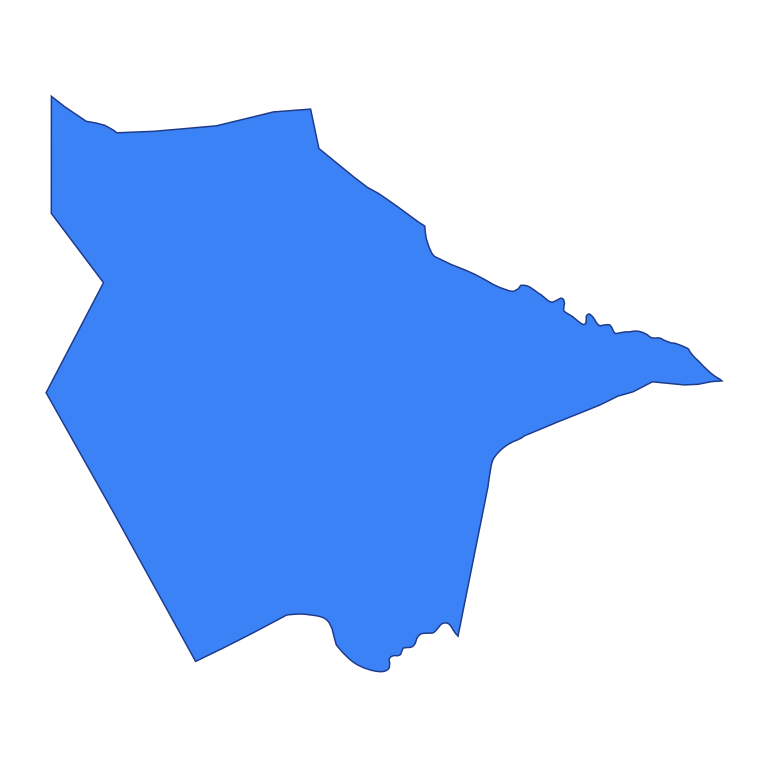 San Francisco de Coray, Valle, Honduras
{"feature_id": "27666195B95409407730953", "entity_name": "San Francisco de Coray", "entity_type": "district", "adm_level": 2, "iso_a3": "HND", "parent_name": "Honduras", "parent_adm1": "Valle", "projection": "natural_earth1", "projection_center": [-87.504, 13.668], "detail": "fine", "context": "isolated", "style": "filled", "palette": "blue", "viewbox_px": 768, "rotation_deg": 0, "n_neighbors": 0, "source": "geoboundaries", "source_scale": "gbopen_adm2", "svg_char_len": 6099}
<svg xmlns="http://www.w3.org/2000/svg" viewBox="0 0 768 768"><path d="M51.4,96.3L51.3,213.4L103.5,282.7L46.1,392.7L113.7,512.8L195.5,661.2L195.1,661.7L222.0,648.6L250.5,634.2L286.2,615.3L287.7,614.9L288.4,614.8L289.3,614.7L293.1,614.4L296.8,614.1L298.2,614.1L299.9,614.0L302.8,614.1L304.1,614.2L305.4,614.3L310.9,615.0L314.5,615.5L316.1,615.7L318.1,616.1L320.1,616.6L321.6,617.1L323.1,617.6L324.0,618.1L324.8,618.5L325.3,618.8L326.1,619.4L326.9,620.1L327.8,621.1L328.7,622.1L329.3,623.0L329.8,624.0L330.8,626.0L331.6,627.9L331.9,628.6L332.2,629.3L332.7,631.3L334.1,636.9L334.6,638.8L335.3,641.3L336.1,644.2L336.5,645.0L336.7,645.4L337.1,645.8L338.4,647.5L339.1,648.3L340.7,650.1L342.3,652.0L343.9,653.7L344.7,654.5L347.6,657.3L349.6,659.2L350.7,660.1L352.3,661.4L354.0,662.6L355.8,663.8L357.5,664.8L359.3,665.7L361.1,666.6L363.4,667.6L365.2,668.3L367.7,669.1L370.7,670.1L372.9,670.6L374.7,671.0L377.1,671.4L379.5,671.6L380.9,671.7L382.1,671.6L383.2,671.5L384.0,671.3L384.6,671.2L385.5,670.9L386.2,670.5L386.7,670.3L387.3,669.9L388.1,669.3L388.4,669.0L388.6,668.7L388.9,668.3L389.0,668.0L389.2,667.6L389.3,667.3L389.4,666.8L389.5,665.4L389.6,664.2L389.7,663.4L389.6,662.6L389.5,662.1L389.4,661.6L389.3,660.9L389.2,660.5L389.2,660.2L389.2,659.6L389.2,659.3L389.3,658.8L389.5,658.5L389.6,658.2L390.0,657.6L390.5,657.1L391.0,656.7L391.9,656.3L392.3,656.1L392.9,655.9L393.4,655.7L394.1,655.6L394.8,655.6L395.5,655.6L396.6,655.7L397.4,655.7L398.1,655.6L398.7,655.4L399.4,655.1L400.0,654.9L400.2,654.7L400.4,654.6L400.7,654.1L400.9,653.6L401.7,651.5L402.4,649.8L403.0,648.4L403.3,648.1L403.5,648.0L404.3,647.9L405.3,647.7L406.4,647.6L407.1,647.5L409.0,647.5L409.7,647.4L410.4,647.3L411.4,647.0L411.9,646.8L412.3,646.6L413.0,646.2L413.5,645.7L414.0,645.2L414.4,644.6L415.0,643.7L415.3,643.1L415.6,642.4L415.8,641.9L416.3,640.0L416.6,639.2L417.0,638.3L417.5,637.3L418.0,636.5L418.4,636.0L418.9,635.5L419.6,634.8L420.0,634.5L420.4,634.3L421.1,634.0L421.5,633.8L422.1,633.6L422.9,633.4L424.5,633.3L428.1,633.1L429.4,633.1L431.1,633.1L432.0,633.0L432.5,633.0L433.0,632.8L433.3,632.7L433.7,632.4L434.2,632.1L434.6,631.8L435.1,631.4L436.0,630.4L437.7,628.4L438.8,627.1L439.8,625.8L440.8,624.7L441.2,624.3L441.4,624.1L441.9,623.8L442.4,623.6L443.2,623.3L444.2,623.0L444.6,623.0L445.2,622.9L445.9,623.0L446.8,623.1L447.5,623.2L447.8,623.4L448.3,623.6L448.9,624.0L449.3,624.4L450.0,625.1L450.5,625.7L450.9,626.2L451.2,626.6L452.9,629.5L454.8,632.4L455.3,633.1L455.9,633.9L456.6,634.6L458.0,636.1L488.0,486.6L488.4,483.2L489.2,477.8L490.7,468.4L491.1,466.2L491.4,464.9L491.7,463.5L492.0,462.6L492.6,460.8L492.8,460.1L493.1,459.5L493.7,458.3L494.8,456.7L496.1,455.0L497.5,453.3L498.5,452.3L499.8,450.9L500.7,450.1L501.9,449.0L503.6,447.6L504.3,447.0L505.6,446.1L507.3,444.9L509.3,443.7L510.7,443.0L512.8,441.8L513.8,441.3L514.8,440.9L517.0,440.1L518.1,439.6L519.1,439.1L520.7,438.4L521.5,437.9L522.7,437.1L524.4,435.8L556.1,422.6L599.7,405.1L617.7,396.2L633.0,391.8L652.4,381.8L684.1,384.9L698.0,384.3L711.7,381.6L721.9,380.9L720.4,379.6L719.7,379.1L719.2,378.8L717.9,378.1L716.9,377.5L714.6,376.0L713.3,375.1L712.3,374.3L710.0,372.4L707.0,369.7L704.8,367.5L702.9,365.7L700.5,363.1L698.4,361.0L695.3,358.1L693.9,356.6L693.0,355.7L692.0,354.4L690.0,351.8L689.6,351.2L689.0,349.9L688.7,349.4L688.2,348.9L687.9,348.6L687.3,348.3L684.9,347.1L683.8,346.6L681.5,345.6L680.3,345.2L678.2,344.4L675.6,343.5L674.4,343.2L673.7,343.1L672.8,343.0L672.0,343.0L671.6,343.0L671.2,342.9L670.5,342.7L666.3,341.1L663.6,340.0L662.9,339.6L661.7,338.8L661.3,338.6L660.8,338.3L660.3,338.2L659.9,338.1L659.2,338.0L657.5,337.9L656.6,337.9L655.0,338.1L654.2,338.1L653.7,338.1L652.5,337.9L651.5,337.6L650.6,337.3L649.8,336.8L649.2,336.4L648.0,335.3L647.3,334.7L646.4,334.2L644.8,333.4L643.1,332.6L641.8,332.2L640.4,331.8L639.5,331.5L638.5,331.3L637.5,331.2L636.5,331.1L635.8,331.0L634.6,331.1L633.2,331.2L631.1,331.6L629.7,331.8L627.9,331.9L625.5,331.9L623.9,332.1L621.0,332.6L618.0,333.2L617.1,333.4L615.9,333.5L615.5,333.4L615.1,333.3L614.8,333.2L614.7,333.0L614.4,332.7L613.9,332.0L613.6,331.4L613.2,330.8L613.0,330.2L612.4,328.7L611.7,327.5L611.2,326.7L610.8,326.1L610.3,325.5L610.0,325.1L609.6,324.9L609.0,324.8L608.4,324.7L607.7,324.6L606.5,324.7L603.6,325.1L602.6,325.3L601.2,325.7L600.7,325.7L600.3,325.8L600.1,325.7L599.7,325.7L599.4,325.5L598.7,325.0L598.2,324.6L597.8,324.3L597.3,323.7L596.5,322.7L596.1,322.1L595.5,321.1L595.0,320.3L594.4,319.2L594.1,318.7L593.5,317.8L592.7,316.8L591.7,315.8L590.7,314.9L590.2,314.5L589.9,314.3L589.6,314.1L589.3,314.0L589.0,313.9L588.9,314.0L588.5,314.1L587.9,314.4L587.5,314.7L587.0,315.0L586.9,315.2L586.6,315.6L586.4,316.0L586.3,316.4L586.3,316.7L586.2,321.0L586.2,321.4L586.0,322.0L585.9,322.7L585.8,323.0L585.6,323.3L585.5,323.5L585.1,323.9L584.7,324.2L584.2,324.3L583.9,324.4L583.4,324.5L583.1,324.4L582.6,324.3L582.2,324.1L580.9,323.3L578.5,321.5L576.5,319.9L574.8,318.5L573.1,317.0L572.4,316.5L570.1,315.1L566.1,312.7L564.9,311.8L564.3,311.4L564.1,311.2L563.9,310.8L563.8,310.3L563.7,309.9L563.7,309.0L563.8,307.9L564.0,306.0L564.1,305.4L564.3,304.6L564.5,304.0L564.5,303.4L564.3,302.4L564.2,301.6L564.1,301.1L563.8,300.3L563.5,299.7L563.3,299.3L563.0,299.0L562.7,298.7L562.3,298.5L561.8,298.3L561.4,298.2L560.8,298.2L560.3,298.4L560.0,298.5L557.8,299.7L555.0,301.1L553.9,301.6L552.9,302.0L552.3,302.1L551.8,302.1L551.2,302.0L550.4,301.8L549.7,301.5L549.1,301.2L548.7,301.0L548.0,300.6L547.3,300.0L541.6,295.2L541.0,294.7L540.6,294.5L539.4,293.8L538.7,293.4L537.8,292.7L536.4,291.7L535.6,291.0L530.2,287.3L529.4,286.9L528.8,286.6L528.2,286.3L527.5,286.0L526.9,285.8L526.2,285.7L524.9,285.4L523.9,285.3L522.8,285.3L521.8,285.3L520.7,285.4L518.3,288.8L513.7,291.4L509.4,290.9L504.4,289.1L499.3,287.3L493.1,284.4L486.4,280.5L475.6,274.7L464.6,269.8L451.0,264.4L434.5,256.5L431.8,253.3L428.8,246.5L426.3,238.7L425.3,232.4L424.8,226.1L418.1,221.8L397.3,206.5L379.4,194.0L367.3,187.3L354.2,177.3L318.9,148.5L310.6,109.1L273.5,111.9L216.5,125.8L154.0,131.3L116.9,132.8L113.2,130.0L104.7,125.3L96.4,123.1L86.2,121.3L64.8,106.8L51.4,96.3Z" fill="#3b82f6" stroke="#1e3a8a" stroke-width="1.5"/></svg>